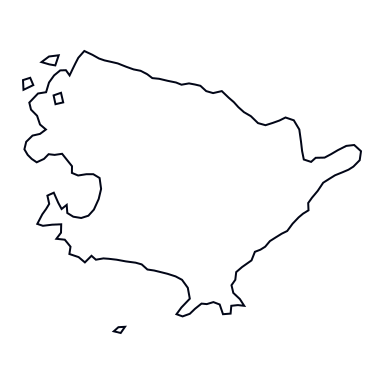 Niterói, Rio de Janeiro, Brazil
{"feature_id": "56859067B85050647770651", "entity_name": "Niterói", "entity_type": "district", "adm_level": 2, "iso_a3": "BRA", "parent_name": "Brazil", "parent_adm1": "Rio de Janeiro", "projection": "robinson", "projection_center": [-43.065, -22.923], "detail": "fine", "context": "isolated", "style": "outline", "palette": "ink", "viewbox_px": 384, "rotation_deg": 0, "n_neighbors": 0, "source": "geoboundaries", "source_scale": "gbopen_adm2", "svg_char_len": 2191}
<svg xmlns="http://www.w3.org/2000/svg" viewBox="0 0 384 384"><path d="M354.2,145.0L346.3,145.9L337.8,150.2L331.0,154.2L324.6,157.6L315.7,157.8L311.1,161.9L303.8,159.5L302.1,151.0L301.0,141.6L299.3,129.5L293.8,120.3L285.5,117.5L279.5,120.5L272.8,122.9L265.5,125.2L258.0,123.1L250.9,116.2L244.0,112.2L238.3,107.1L233.9,102.2L228.7,97.7L221.8,91.1L213.1,93.1L206.2,91.1L200.4,85.8L194.9,84.5L189.0,83.4L181.5,84.7L176.0,82.5L167.6,80.8L159.2,78.8L152.3,78.1L147.2,74.2L140.6,70.8L133.6,69.4L126.3,66.8L117.7,63.4L110.8,61.8L104.5,60.4L99.0,58.5L92.4,54.8L84.3,51.0L78.3,57.8L75.4,63.4L72.6,69.1L69.6,75.4L65.9,70.2L60.2,70.4L54.1,75.4L49.0,82.5L46.1,92.2L38.0,93.5L29.3,102.6L31.0,109.6L37.1,115.8L40.0,124.5L45.9,129.5L40.0,133.9L32.5,135.6L26.2,141.8L24.4,149.3L27.7,154.9L31.7,158.9L36.7,162.3L44.0,158.9L48.6,154.2L54.6,154.9L62.1,153.8L72.0,166.2L71.9,172.9L78.1,175.5L86.4,174.2L93.3,174.2L99.6,178.0L101.1,188.9L98.7,199.0L93.9,209.6L88.4,215.7L81.2,218.0L73.3,216.7L67.3,213.0L66.7,204.9L61.6,209.0L58.2,202.7L53.8,192.7L47.4,195.6L49.2,203.9L46.1,209.0L42.3,214.3L37.3,223.9L42.9,225.8L52.1,224.7L61.2,224.3L61.0,232.7L56.4,238.8L64.8,239.7L70.5,246.7L69.4,254.0L78.6,257.1L84.9,262.4L91.5,255.8L95.9,259.7L103.4,258.4L108.8,258.8L116.6,259.7L125.9,261.4L135.7,262.7L141.7,264.4L147.4,269.5L154.1,270.5L160.7,272.1L167.5,273.8L175.6,276.4L182.0,279.8L187.8,287.8L189.8,298.7L181.4,307.5L176.5,314.2L182.6,316.4L189.8,313.8L195.0,308.8L201.5,303.6L206.8,304.1L213.4,302.1L219.7,304.5L223.0,314.2L230.6,313.6L231.3,305.8L237.9,305.1L244.2,305.8L239.9,299.1L233.3,292.9L231.5,285.2L235.3,279.8L236.2,272.1L242.0,267.1L251.5,260.4L254.9,251.8L260.4,249.7L265.2,246.7L269.9,241.1L276.2,237.1L281.7,233.7L287.2,231.0L292.6,223.7L298.6,217.4L303.0,213.7L308.5,210.3L308.2,203.0L312.0,197.7L317.7,190.9L323.2,182.7L329.2,178.9L335.0,175.3L342.4,172.3L348.5,169.7L353.4,166.6L359.7,160.2L361.0,151.2L354.2,145.0ZM53.6,95.4L61.0,92.8L63.2,102.4L55.5,104.2L53.6,95.4ZM58.7,55.3L49.0,56.5L41.5,62.1L49.4,64.4L55.3,65.4L58.7,55.3ZM33.3,85.1L30.2,77.8L23.0,80.1L23.5,89.8L33.3,85.1ZM125.0,326.8L118.4,327.2L113.8,331.3L120.7,333.0L125.0,326.8Z" fill="none" stroke="#020617" stroke-width="2"/></svg>